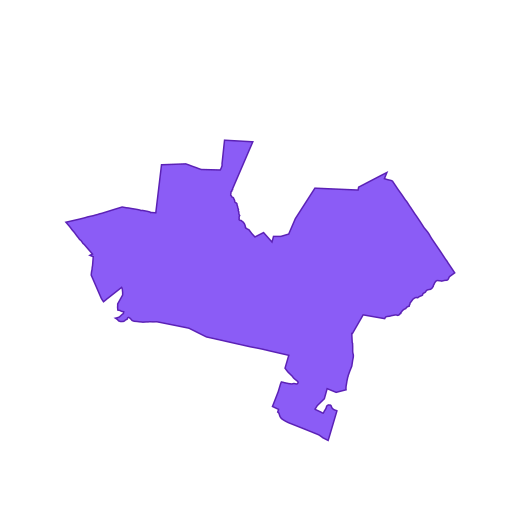 Ndaragwa, Central, Kenya (Mercator projection), rotated 297°
{"feature_id": "3690345B3969033763932", "entity_name": "Ndaragwa", "entity_type": "district", "adm_level": 2, "iso_a3": "KEN", "parent_name": "Kenya", "parent_adm1": "Central", "projection": "mercator", "projection_center": [36.499, -0.079], "detail": "fine", "context": "isolated", "style": "filled", "palette": "violet", "viewbox_px": 512, "rotation_deg": 297, "n_neighbors": 0, "source": "geoboundaries", "source_scale": "gbopen_adm2", "svg_char_len": 6133}
<svg xmlns="http://www.w3.org/2000/svg" viewBox="0 0 512 512"><g transform="rotate(297 256 256)"><path d="M364.0,316.2L361.1,317.0L348.6,289.6L343.2,277.7L307.2,274.1L290.4,275.2L284.8,269.3L283.6,267.0L281.4,262.7L278.8,263.3L275.7,263.9L280.3,252.1L272.5,246.4L274.1,242.0L276.2,237.7L276.1,236.4L276.1,235.6L276.4,234.9L276.2,234.1L276.8,233.4L277.4,233.2L279.0,231.6L279.6,230.8L279.9,230.2L280.2,229.5L280.5,228.8L280.6,227.8L280.9,226.6L280.5,225.6L280.5,224.9L280.9,224.3L281.8,224.0L282.7,223.4L283.8,223.1L284.7,223.1L285.1,222.3L285.9,221.6L286.5,221.1L287.4,220.8L287.9,220.1L288.5,219.5L289.4,219.3L290.8,217.8L291.8,217.1L292.4,216.4L293.1,215.8L293.9,215.3L294.3,214.5L294.2,213.5L294.6,212.5L295.7,211.8L296.4,211.0L296.8,210.3L297.3,209.9L297.7,209.1L297.6,208.2L297.8,207.4L298.3,206.9L298.6,205.9L299.7,205.4L300.7,205.1L301.9,204.6L302.8,205.0L303.7,204.6L304.5,205.0L305.3,204.6L356.3,201.3L344.9,175.4L324.2,183.3L323.3,183.6L322.5,184.0L321.9,184.4L320.8,184.8L318.4,185.1L316.4,185.1L308.2,167.9L307.8,164.9L307.7,163.6L307.2,159.8L307.0,158.3L306.9,157.3L306.8,156.5L306.7,155.5L306.6,154.6L306.5,153.8L306.2,151.6L294.4,130.4L249.0,147.1L247.3,143.1L246.8,142.4L247.1,141.7L246.5,139.0L245.1,134.2L244.7,133.5L244.2,132.7L244.3,131.9L243.5,128.9L242.9,127.0L242.0,124.2L241.5,122.6L241.1,121.2L240.7,120.0L240.3,119.1L240.0,118.3L239.8,117.5L238.9,114.5L233.4,108.8L224.0,99.2L223.0,98.0L222.5,97.4L221.8,96.7L221.2,96.2L220.6,95.5L220.0,94.8L219.5,94.2L218.4,93.1L217.7,92.3L216.6,90.9L214.3,88.1L212.5,86.3L209.0,82.3L199.8,71.3L198.7,74.0L198.4,74.7L198.1,75.4L197.9,76.0L197.5,76.8L196.8,78.3L196.4,79.0L195.7,80.5L195.3,81.5L194.9,82.6L194.5,83.4L194.2,84.1L193.9,84.7L193.2,86.0L192.8,86.9L192.2,88.0L191.8,89.1L190.6,91.4L190.5,92.4L190.2,93.3L189.1,95.4L188.7,96.0L188.3,97.7L183.5,109.4L181.2,107.7L181.4,110.5L181.5,111.3L173.3,114.7L171.3,115.3L169.6,116.0L167.1,116.7L164.2,117.8L148.1,137.3L147.6,138.1L147.1,138.9L146.5,140.0L146.0,140.9L147.1,141.4L148.0,141.8L148.6,142.1L149.3,142.3L150.4,142.8L151.2,143.2L167.0,150.5L166.4,151.3L165.7,152.0L164.7,152.6L163.2,153.6L160.7,154.9L150.6,154.5L149.7,154.9L148.6,155.5L147.7,155.8L145.1,157.4L145.4,158.5L145.6,159.2L145.8,159.9L145.6,160.7L145.7,161.6L146.3,163.4L144.5,164.0L143.7,163.5L142.7,163.1L141.9,162.8L140.2,162.2L139.3,161.7L137.8,160.2L136.8,159.0L136.6,160.8L136.4,161.7L136.0,162.5L135.8,163.3L136.0,164.0L136.0,164.7L136.4,165.7L136.9,166.4L137.2,167.2L138.0,168.0L138.7,168.4L139.7,168.7L140.3,169.2L141.1,169.9L142.1,169.7L142.8,169.8L143.4,170.2L143.5,171.1L143.3,172.3L142.9,173.4L142.3,174.8L142.4,176.1L142.6,177.2L143.0,178.2L143.6,179.6L144.4,181.9L145.2,183.8L145.5,184.8L145.8,185.4L146.8,187.1L147.4,188.0L148.3,189.8L148.7,190.4L149.2,191.1L149.8,192.5L150.7,194.4L152.4,197.5L161.2,228.9L161.4,248.6L172.5,292.1L174.6,299.2L176.1,304.7L176.3,305.7L176.8,307.6L177.3,309.8L182.4,330.3L169.2,332.8L167.5,336.3L167.1,337.2L166.8,338.1L166.4,339.5L165.8,341.4L165.5,342.5L164.4,344.8L164.1,345.8L163.9,346.6L163.2,350.0L162.6,350.9L161.6,351.0L160.9,350.8L160.4,350.3L160.1,349.4L159.8,348.1L159.4,347.3L158.9,346.8L158.4,346.2L158.0,345.5L157.7,344.5L157.4,343.7L157.1,342.9L156.9,342.0L156.6,341.1L156.2,339.4L156.0,338.8L155.9,338.0L155.7,337.3L155.5,336.5L155.3,335.8L153.4,335.9L145.2,337.4L129.4,339.0L129.6,345.7L128.9,345.9L127.9,346.0L126.8,346.2L126.6,347.1L126.2,348.0L125.4,348.7L124.9,349.2L124.2,349.9L123.6,350.7L123.2,351.4L122.8,352.2L122.6,352.9L122.5,353.7L122.3,355.7L122.2,357.7L122.2,358.5L122.2,359.3L122.2,360.0L122.3,361.7L122.5,363.6L122.6,364.6L122.9,367.8L124.0,379.7L125.1,392.4L125.1,394.0L124.9,395.1L124.7,396.4L124.6,397.1L124.4,397.7L124.4,401.4L124.4,404.0L127.4,403.5L154.8,398.4L154.8,397.6L154.6,396.8L154.5,395.2L154.6,394.3L155.0,393.0L155.4,392.3L156.8,390.7L156.9,389.7L156.5,389.1L156.3,388.3L155.5,387.6L154.6,387.2L153.9,387.2L153.0,387.4L152.0,387.5L150.9,387.5L150.0,387.4L149.3,387.3L148.4,387.3L147.3,387.3L146.5,387.2L146.3,386.5L146.4,384.6L146.2,378.8L146.4,378.1L148.3,378.3L149.3,378.4L150.5,378.5L159.8,381.7L170.1,379.6L170.9,389.3L171.6,390.1L177.7,397.0L178.4,396.5L179.4,396.0L180.1,395.7L180.8,395.4L183.7,394.5L186.1,393.7L187.8,393.3L189.5,392.8L190.5,392.7L191.4,392.4L194.8,392.0L195.4,391.9L196.2,391.8L201.0,391.4L201.8,391.2L207.5,389.3L208.3,389.1L209.0,388.9L209.7,388.7L210.5,388.4L211.4,388.0L212.2,387.5L213.0,386.8L213.6,386.3L214.2,385.9L215.0,385.4L219.3,383.2L220.9,382.3L222.0,381.7L222.6,381.0L228.5,377.6L230.5,376.5L230.8,377.1L252.2,378.2L258.6,399.1L259.4,399.1L260.4,399.2L261.1,399.7L261.7,400.4L262.8,402.1L263.9,403.4L264.5,403.9L264.9,404.6L265.5,405.3L266.2,406.2L266.8,407.0L267.2,407.9L267.4,409.2L268.0,409.8L268.7,410.3L269.6,410.3L270.1,410.9L270.7,411.1L271.3,410.6L272.0,411.0L273.5,411.2L274.2,411.4L274.8,411.7L275.9,412.2L277.1,413.3L278.2,413.4L278.8,413.6L279.9,414.3L280.8,415.3L282.2,414.9L283.0,415.0L284.2,414.6L285.0,414.8L285.7,415.0L286.6,415.1L287.7,415.3L288.6,415.4L290.2,416.2L291.0,416.7L291.8,417.6L292.0,418.6L292.3,419.1L293.1,419.4L293.9,419.9L294.7,420.5L295.8,421.5L296.7,422.1L297.8,421.9L298.7,422.0L299.6,422.7L300.6,423.3L301.3,423.4L302.0,423.4L302.8,423.7L303.6,424.1L305.2,426.1L305.6,426.7L306.5,427.1L307.5,427.5L308.5,427.6L309.5,427.7L310.5,427.4L311.8,427.5L312.5,427.4L313.5,427.4L315.1,427.7L315.7,428.0L316.3,428.4L316.7,429.2L316.9,429.8L317.2,430.6L317.5,431.3L317.7,431.9L317.9,432.8L319.1,434.2L319.7,434.9L320.2,435.6L320.7,436.5L321.2,437.2L322.1,437.7L323.1,437.8L324.9,437.7L325.7,437.9L331.2,440.7L332.6,438.2L333.9,435.9L337.1,430.1L338.2,428.4L338.8,427.1L339.5,425.7L340.3,424.4L340.9,423.3L342.4,420.7L343.2,419.3L351.1,404.9L352.3,402.9L353.5,401.1L354.1,400.2L355.2,398.2L356.1,396.2L357.5,392.9L359.5,389.5L361.3,386.4L364.2,381.2L365.7,378.3L367.6,375.0L368.7,373.0L369.1,372.4L369.4,371.8L369.9,370.8L371.0,368.9L371.9,367.4L373.1,365.3L373.6,363.9L376.6,358.5L379.8,352.3L384.1,344.6L384.6,343.8L384.7,343.0L384.6,341.9L384.1,340.0L383.6,337.8L383.4,336.4L383.2,335.3L389.8,334.7L384.6,330.9L364.0,316.2Z" fill="#8b5cf6" stroke="#5b21b6" stroke-width="1.5"/></g></svg>